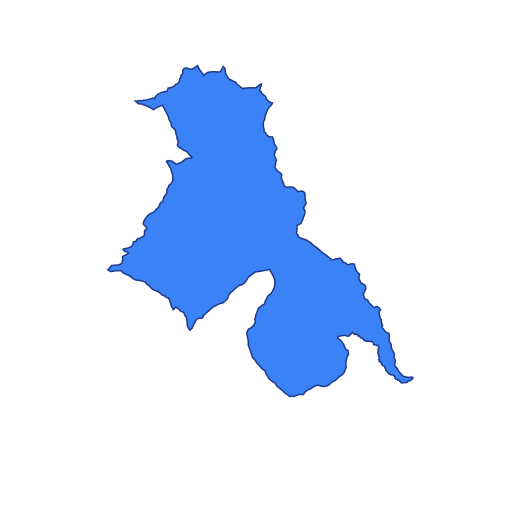 the district of Merak, Tashigang, Bhutan, rotated 48°
{"feature_id": "84629894B35565609446545", "entity_name": "Merak", "entity_type": "district", "adm_level": 2, "iso_a3": "BTN", "parent_name": "Bhutan", "parent_adm1": "Tashigang", "projection": "albers", "projection_center": [91.904, 27.249], "detail": "fine", "context": "isolated", "style": "filled", "palette": "blue", "viewbox_px": 512, "rotation_deg": 48, "n_neighbors": 0, "source": "geoboundaries", "source_scale": "gbopen_adm2", "svg_char_len": 6115}
<svg xmlns="http://www.w3.org/2000/svg" viewBox="0 0 512 512"><g transform="rotate(48 256 256)"><path d="M166.9,375.2L169.6,374.8L170.7,373.9L172.8,370.5L176.2,366.5L177.3,366.0L180.0,366.0L186.0,363.3L190.4,362.6L193.5,361.3L197.6,357.9L201.2,355.7L204.1,356.0L207.5,355.3L210.0,355.4L211.7,355.0L218.3,352.2L222.6,351.8L224.6,350.6L227.0,350.3L228.8,349.0L230.1,349.7L231.4,349.7L232.8,350.8L234.6,351.2L236.5,352.6L239.1,352.8L240.4,353.4L240.7,352.5L240.2,350.7L240.4,349.6L242.2,349.5L243.8,348.7L245.4,349.1L247.3,348.8L249.2,347.4L252.9,348.7L254.7,348.7L259.4,351.7L261.7,353.5L263.6,354.4L266.9,354.7L266.8,351.5L265.1,347.9L264.4,345.5L263.8,344.7L263.5,341.4L263.9,340.0L265.7,338.4L266.1,337.4L266.1,336.7L265.1,334.8L265.0,334.0L265.2,322.0L267.0,315.0L268.8,311.8L268.7,305.8L266.8,302.3L266.3,300.3L266.4,288.6L267.8,286.3L268.3,283.1L267.9,280.3L266.7,276.3L266.7,274.9L267.5,266.8L268.5,265.8L268.9,264.7L270.1,263.4L274.7,255.3L276.5,255.2L283.0,256.8L285.8,257.8L288.2,259.5L291.6,263.3L294.0,269.4L293.7,273.4L294.0,274.9L296.0,279.8L297.4,281.7L296.8,283.6L296.4,288.5L296.8,290.0L299.0,293.7L299.7,295.6L301.7,298.1L301.9,298.8L304.1,300.3L305.2,301.8L306.1,305.6L306.1,307.8L305.3,310.5L306.1,312.7L307.1,314.4L314.2,318.8L317.2,321.5L326.8,325.3L328.3,326.4L333.0,326.4L337.3,327.1L339.4,326.8L342.8,327.1L347.4,326.2L350.9,327.5L355.5,328.4L359.5,328.0L362.9,326.8L367.0,327.5L375.5,326.1L376.9,326.4L380.7,325.2L382.7,325.1L385.8,321.5L387.5,317.0L388.6,315.5L390.5,313.9L390.4,312.2L389.9,311.1L390.1,307.3L391.0,305.4L391.9,299.9L393.3,296.3L396.3,294.8L398.7,292.5L399.7,291.0L400.6,287.5L400.5,283.6L401.6,280.2L401.4,274.0L401.8,272.9L401.9,270.0L401.3,267.7L399.1,263.4L396.7,261.8L395.1,260.1L392.2,256.3L390.8,253.0L389.5,252.0L387.9,250.9L385.9,251.5L384.0,251.3L380.1,249.9L376.3,249.5L371.2,250.1L371.0,248.9L371.3,247.8L373.7,243.9L374.6,242.8L376.2,242.1L377.6,240.8L377.4,235.3L380.2,235.2L381.0,234.5L381.0,233.6L381.9,233.6L382.7,232.8L383.6,233.7L384.4,232.8L387.0,232.9L387.8,232.0L391.3,232.1L392.1,231.2L393.0,231.2L397.3,227.0L399.8,227.1L400.7,227.9L402.4,226.2L403.3,226.3L404.1,225.4L405.8,225.4L406.7,226.3L406.6,227.2L410.0,230.6L410.9,230.6L411.7,231.5L412.5,231.5L413.4,232.4L414.2,232.4L415.1,233.3L415.1,234.1L415.9,234.1L416.7,235.0L418.5,234.2L419.3,234.2L420.2,235.1L422.7,235.1L423.6,234.3L424.4,234.3L425.3,235.1L427.0,235.2L427.8,236.0L432.9,236.1L433.8,235.3L434.6,235.3L436.3,233.6L438.9,233.6L439.7,234.5L441.4,234.5L442.3,233.7L443.2,233.7L444.0,232.8L447.4,232.9L449.1,231.2L449.2,230.4L450.9,228.7L450.9,226.1L451.8,225.3L451.8,221.0L450.7,220.8L448.0,224.2L444.0,227.0L437.9,227.2L432.8,226.1L432.0,226.6L430.9,226.3L429.5,225.7L427.1,222.4L423.3,221.1L421.6,218.8L415.4,217.2L412.2,214.7L409.4,214.2L406.9,212.9L404.7,210.5L402.6,209.0L399.0,210.6L397.8,210.3L393.4,210.2L392.9,209.9L392.1,208.2L391.2,208.2L388.6,206.9L387.3,205.6L385.1,205.2L383.7,204.3L381.7,203.5L379.5,201.1L379.3,199.4L376.6,199.3L374.6,200.0L373.9,201.0L373.7,202.3L372.8,202.8L366.5,203.3L363.7,202.5L361.3,203.5L360.0,203.6L355.9,201.7L355.4,199.5L354.6,198.5L354.0,196.5L351.7,194.8L350.2,194.7L346.1,195.9L343.0,195.1L340.6,193.7L338.6,191.1L336.9,191.5L334.7,191.4L331.3,190.3L327.9,188.4L326.0,189.7L324.1,193.3L323.2,194.0L321.5,194.0L318.8,195.2L314.9,194.8L313.5,195.3L312.3,197.6L311.3,198.6L311.0,200.7L309.2,202.3L302.0,203.3L297.6,204.5L292.3,204.9L286.2,206.2L283.0,206.4L277.6,207.9L274.1,210.1L271.0,211.5L270.1,211.5L268.9,210.9L266.2,210.6L265.2,210.0L264.9,209.1L263.6,207.4L260.7,205.6L261.9,201.0L259.8,196.0L258.7,194.7L258.4,193.4L257.1,191.4L255.6,189.8L254.1,189.0L252.8,189.0L252.0,188.2L251.0,185.3L250.9,184.4L250.0,183.3L246.0,180.9L242.0,177.6L239.6,177.7L238.4,178.5L236.1,181.9L233.4,181.8L229.7,182.4L227.7,184.2L225.5,187.2L223.4,188.2L215.0,184.9L213.6,183.7L212.9,182.5L210.6,182.3L207.7,183.1L202.3,182.6L201.4,180.5L199.3,178.3L198.6,176.7L193.0,174.9L192.1,172.9L190.6,171.1L190.7,169.4L190.1,168.6L187.8,167.8L185.1,167.4L181.0,165.0L178.5,164.1L176.2,166.6L172.5,167.0L170.9,166.4L169.2,166.9L167.2,165.3L164.4,163.7L160.9,160.2L160.5,158.4L158.4,156.1L154.8,149.0L154.4,147.5L153.9,143.1L153.2,141.3L151.5,142.5L148.7,143.2L147.1,143.3L143.5,142.2L139.7,142.8L137.2,142.3L135.8,142.8L135.1,142.3L132.8,138.2L131.7,136.8L131.4,137.1L130.9,143.7L126.2,148.8L123.3,152.7L122.7,153.9L116.7,155.0L112.5,154.9L111.3,155.8L108.3,156.7L107.1,157.8L100.9,156.8L99.5,156.2L96.7,154.0L94.5,153.4L93.2,153.6L94.8,157.9L95.0,159.8L90.3,164.6L88.0,167.7L87.1,169.5L86.7,173.3L86.9,174.0L78.5,173.0L75.4,172.0L74.9,176.4L73.8,179.4L69.7,181.9L68.6,183.5L68.6,185.2L69.3,186.3L71.4,188.4L71.7,191.3L72.7,191.9L73.5,194.7L74.9,195.9L75.4,198.5L75.4,199.3L74.7,200.8L75.1,203.2L74.1,206.1L72.4,209.0L73.8,211.3L73.9,211.9L71.3,216.7L70.0,220.9L70.3,224.0L71.0,226.2L69.7,227.0L66.7,233.2L65.1,235.1L64.4,236.7L61.9,239.4L60.9,241.3L60.2,242.0L64.0,241.6L65.6,240.0L71.3,236.8L75.4,235.1L78.6,234.4L79.1,231.1L80.7,225.9L81.2,225.0L82.7,224.9L92.3,227.4L94.7,228.3L96.5,229.4L100.1,230.0L103.1,232.1L108.5,231.7L112.6,234.3L114.7,234.8L115.2,235.6L116.5,236.4L118.0,236.7L120.2,238.6L120.8,240.1L122.6,240.7L129.7,238.7L131.8,237.6L136.6,237.8L139.6,237.4L139.9,237.7L139.9,238.3L136.9,242.7L136.3,249.7L135.1,252.1L134.8,253.4L133.3,254.2L129.8,254.7L127.0,256.7L125.8,258.3L125.8,259.2L133.7,260.8L137.6,262.6L139.7,263.6L144.4,267.5L145.6,271.4L145.2,273.3L146.5,275.9L147.0,277.9L149.4,279.5L150.5,284.8L153.1,288.9L152.6,291.3L152.9,292.4L153.9,293.8L154.6,297.2L154.6,299.7L155.0,301.0L154.6,304.1L153.7,306.4L153.6,310.0L153.8,311.6L154.8,315.4L156.7,318.4L161.5,318.3L162.8,319.1L162.5,321.6L166.0,325.4L165.9,327.6L165.5,328.3L165.1,330.5L164.1,331.7L164.1,334.0L164.6,335.0L164.6,335.9L163.6,337.3L163.6,337.9L164.9,339.4L165.6,341.6L165.5,342.5L164.0,346.7L163.0,348.0L162.0,350.1L162.3,350.6L164.7,350.5L167.3,348.7L168.5,348.9L168.3,351.6L167.4,353.9L167.3,355.5L168.7,357.0L170.0,357.8L170.6,359.2L171.6,360.4L171.6,361.1L170.7,364.1L166.4,369.7L167.1,374.1L166.9,375.2Z" fill="#3b82f6" stroke="#1e3a8a" stroke-width="1.5"/></g></svg>